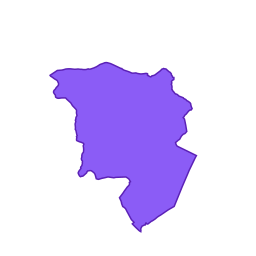 the district of Nakhon Luang, Phra Nakhon Si Ayutthaya, Thailand, rotated 321°
{"feature_id": "78962969B25127824305120", "entity_name": "Nakhon Luang", "entity_type": "district", "adm_level": 2, "iso_a3": "THA", "parent_name": "Thailand", "parent_adm1": "Phra Nakhon Si Ayutthaya", "projection": "mercator", "projection_center": [100.63, 14.474], "detail": "fine", "context": "isolated", "style": "filled", "palette": "violet", "viewbox_px": 256, "rotation_deg": 321, "n_neighbors": 0, "source": "geoboundaries", "source_scale": "gbopen_adm2", "svg_char_len": 5581}
<svg xmlns="http://www.w3.org/2000/svg" viewBox="0 0 256 256"><g transform="rotate(321 128 128)"><path d="M71.0,205.2L71.4,209.7L72.0,214.2L72.1,214.8L72.4,215.9L72.7,216.6L73.6,215.7L74.0,215.0L74.4,214.5L74.7,214.2L75.0,214.0L75.6,213.8L76.1,213.5L76.7,213.4L77.0,213.1L77.3,213.1L77.8,213.3L79.6,213.7L79.9,213.8L80.2,214.1L80.5,214.2L80.9,213.8L81.3,213.8L81.5,213.6L81.7,213.2L82.0,213.1L82.3,213.3L82.3,213.5L82.2,213.9L82.1,214.0L82.3,214.3L82.7,214.9L82.8,215.0L83.0,215.1L87.7,215.2L88.1,215.4L88.5,215.5L91.9,215.8L94.5,215.7L96.0,215.8L98.8,216.2L107.5,216.9L109.0,217.1L114.5,218.0L133.4,207.6L145.0,201.5L148.9,199.4L161.4,193.5L163.8,192.5L157.6,179.1L155.2,174.0L155.0,173.5L154.8,173.0L154.8,172.5L154.8,172.2L154.9,171.6L155.1,170.8L155.8,169.2L156.0,169.2L157.7,169.2L159.4,169.1L161.0,169.3L163.9,168.1L165.0,167.8L166.2,167.7L167.0,167.6L167.5,167.7L168.4,168.1L168.7,168.1L169.8,168.0L171.6,167.6L171.7,167.3L171.9,166.9L172.5,165.9L173.5,164.1L174.7,162.0L177.3,157.0L177.5,156.5L177.5,156.3L177.4,155.0L177.4,154.9L177.4,154.7L177.7,154.6L178.9,154.4L179.9,153.9L180.5,153.8L182.1,153.8L182.5,153.7L185.7,153.0L186.7,153.0L187.7,153.1L188.2,153.7L188.3,153.7L188.6,153.7L189.7,153.4L190.1,153.2L190.4,151.9L191.0,150.4L191.4,149.5L191.9,148.8L192.0,148.5L192.1,147.5L192.0,146.8L191.4,144.7L191.2,144.3L190.9,143.8L190.9,143.6L190.9,142.9L190.8,142.0L190.4,141.3L190.0,140.3L189.9,140.0L190.0,139.5L190.0,139.3L188.7,137.0L187.9,135.6L187.7,135.2L187.6,134.3L187.5,133.8L187.4,133.0L186.8,131.9L186.3,131.4L186.2,129.9L186.3,129.0L186.2,127.4L186.2,127.0L186.5,126.2L186.3,125.7L187.3,124.6L187.6,124.3L188.3,123.4L188.6,122.8L189.0,122.1L189.1,121.9L189.0,121.5L189.2,121.2L189.5,121.0L190.1,120.8L190.3,120.7L190.5,120.5L190.7,119.7L190.9,119.4L191.1,119.2L191.4,119.1L192.8,118.9L193.1,118.9L193.2,119.0L193.7,119.2L194.0,119.2L194.3,119.0L194.7,118.5L195.3,117.9L195.4,117.6L195.2,117.5L194.9,117.2L194.7,116.9L194.7,116.6L194.7,116.4L195.0,115.9L195.1,115.7L195.1,115.4L195.1,115.1L195.1,114.4L195.2,114.1L195.5,113.6L195.7,113.3L195.8,112.6L195.8,111.4L195.8,111.2L195.4,110.5L194.9,107.8L194.8,106.5L194.7,106.2L194.3,105.6L193.8,105.2L193.5,104.8L193.2,104.2L192.9,104.2L192.3,104.0L191.6,103.6L189.0,103.9L182.6,103.7L181.8,103.6L181.0,103.3L179.4,102.5L179.2,102.5L178.7,102.7L178.0,102.6L177.8,102.5L177.6,102.2L177.0,101.0L176.8,100.3L176.5,100.0L176.4,99.1L176.9,98.8L177.2,98.6L177.3,98.4L177.2,97.9L177.0,97.5L176.2,96.8L175.8,96.5L174.7,95.9L172.4,94.4L171.9,94.0L171.1,93.2L170.0,91.9L169.7,91.6L169.2,90.8L168.9,90.3L168.4,89.9L166.2,88.4L165.9,88.1L165.4,87.5L164.5,85.6L163.5,83.9L161.6,81.0L161.2,80.3L160.9,79.6L160.9,79.4L160.8,79.2L160.8,78.9L160.6,78.5L160.6,77.8L160.4,77.7L160.1,77.5L156.4,69.8L155.0,67.0L153.0,64.2L152.6,63.8L152.1,63.3L151.5,63.0L151.1,62.7L148.9,62.0L146.5,61.1L145.5,60.9L144.6,60.9L141.7,60.5L141.2,60.3L139.5,59.9L136.0,58.6L135.5,58.3L134.8,57.8L134.6,57.6L134.3,57.0L132.5,56.3L132.0,56.0L131.4,55.6L130.0,54.4L129.6,54.0L129.2,53.5L128.8,53.1L128.7,53.0L127.9,52.4L127.6,52.0L127.1,51.6L126.7,51.1L126.1,50.6L125.8,50.4L124.9,49.8L123.9,49.1L123.3,48.6L120.6,45.9L118.9,44.5L117.5,43.5L116.5,42.9L115.5,42.5L113.7,41.7L112.8,41.2L109.3,38.8L100.6,38.0L100.5,38.6L100.5,39.1L101.1,40.8L101.8,43.6L102.6,45.7L102.8,46.5L102.8,47.0L102.5,47.9L102.4,48.3L102.4,48.9L102.2,49.4L101.9,49.8L101.6,50.1L101.1,50.7L100.8,50.9L100.6,51.0L100.3,51.1L98.7,51.3L97.7,51.4L96.1,52.0L95.6,52.1L94.4,52.2L94.2,52.2L93.5,52.6L92.9,53.0L92.7,53.2L92.5,53.8L92.3,54.5L92.2,56.6L92.1,57.0L91.3,58.2L91.2,58.4L91.2,58.5L91.7,60.1L91.8,60.3L92.3,60.7L92.7,61.2L95.7,63.1L98.3,65.2L98.4,65.4L98.5,65.8L98.5,66.7L98.6,67.6L99.3,72.2L99.3,72.9L98.9,75.7L99.0,76.8L99.3,80.2L99.3,80.8L99.3,81.3L99.2,81.6L99.0,82.0L98.0,83.2L97.4,83.8L96.2,86.2L96.0,86.3L95.8,86.4L94.5,86.9L94.2,87.1L93.8,87.4L92.9,88.4L92.1,88.7L92.0,88.8L91.6,89.9L91.5,90.1L89.7,91.4L89.4,91.6L87.5,94.5L86.1,96.0L86.1,96.6L86.0,97.0L85.9,97.3L84.2,100.6L84.0,101.0L83.8,101.7L83.7,102.0L82.7,102.1L82.5,102.4L82.3,103.2L81.6,103.6L81.4,104.0L80.5,104.8L80.4,105.0L80.3,105.3L80.3,105.6L80.4,105.9L80.7,106.4L81.6,108.2L82.2,109.0L82.6,109.6L83.5,111.3L83.6,111.6L83.7,112.0L83.6,112.6L83.3,113.0L82.9,113.2L82.4,113.4L82.0,113.6L81.7,114.1L81.2,115.1L80.3,116.4L79.7,117.2L78.2,118.7L78.1,118.8L77.9,118.9L76.8,119.0L76.3,119.2L75.7,119.6L74.9,120.2L74.2,121.1L73.4,121.8L72.3,122.6L71.8,123.8L71.8,124.0L71.9,124.7L71.8,125.0L71.6,125.3L71.4,125.5L70.9,125.9L70.2,126.9L68.4,128.2L68.0,128.3L67.0,128.5L66.6,128.7L66.4,128.8L66.3,129.0L66.1,129.6L65.9,129.8L64.5,130.2L63.4,130.4L62.1,130.9L61.3,131.3L61.0,131.6L60.8,131.9L60.6,132.5L60.3,133.9L60.2,134.6L60.2,135.0L60.3,135.6L60.4,135.9L60.6,136.1L61.2,136.2L61.4,136.2L62.6,137.0L62.9,137.0L64.2,137.0L67.6,136.8L67.9,136.7L68.4,136.3L68.9,136.1L69.3,136.0L69.5,136.0L70.5,136.5L71.2,136.9L71.8,137.3L72.3,137.8L72.6,138.1L72.7,138.5L73.3,140.9L73.4,141.6L73.3,142.8L73.1,143.6L71.4,147.5L72.1,148.5L72.4,149.0L72.9,149.4L73.1,149.5L76.1,150.7L78.8,152.1L81.6,153.4L81.8,153.6L85.6,157.7L85.9,157.9L87.5,158.7L95.5,164.7L95.9,165.7L96.2,166.5L96.6,168.4L96.5,168.9L96.1,171.3L94.8,171.1L94.4,171.8L94.0,172.4L93.7,172.7L93.3,172.9L92.9,173.0L92.3,173.2L90.3,173.4L88.5,173.9L85.0,174.8L84.3,175.1L81.7,175.8L77.5,176.8L76.7,180.1L76.5,180.7L76.1,181.5L76.0,181.9L76.0,182.0L75.6,182.5L75.4,182.8L75.2,183.6L74.5,185.7L74.6,185.8L75.0,187.2L75.3,188.8L75.3,189.3L74.6,192.7L73.8,197.0L73.0,201.2L73.0,201.6L73.3,204.5L73.3,205.1L71.0,205.2Z" fill="#8b5cf6" stroke="#5b21b6" stroke-width="1.5"/></g></svg>